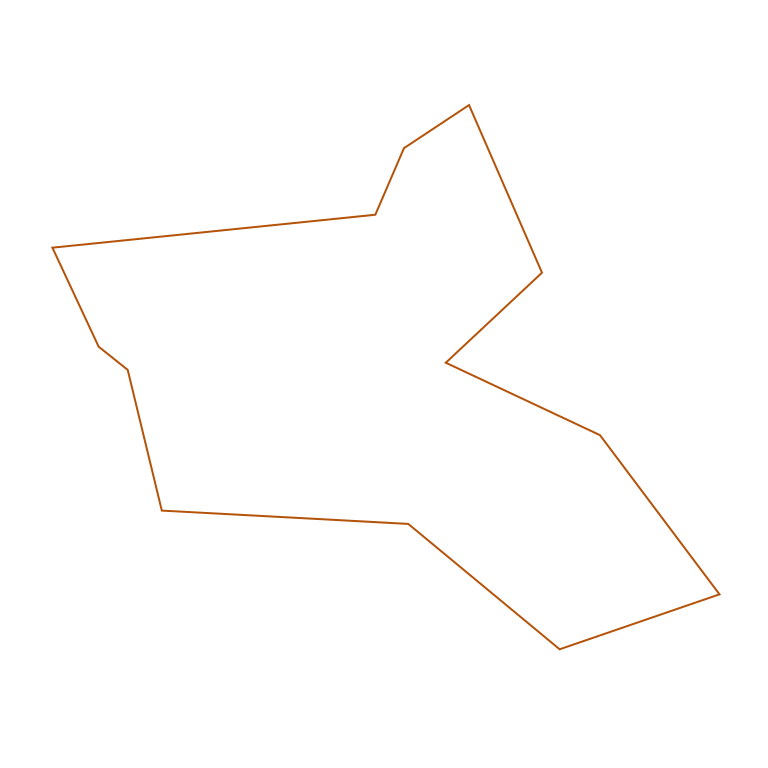 outline of Colonial Heights, Virginia, United States of America, rotated 87°
{"feature_id": "52423323B35608412080263", "entity_name": "Colonial Heights", "entity_type": "district", "adm_level": 2, "iso_a3": "USA", "parent_name": "United States of America", "parent_adm1": "Virginia", "projection": "albers", "projection_center": [-77.399, 37.266], "detail": "fine", "context": "isolated", "style": "outline", "palette": "amber", "viewbox_px": 768, "rotation_deg": 87, "n_neighbors": 0, "source": "geoboundaries", "source_scale": "gbopen_adm2", "svg_char_len": 332}
<svg xmlns="http://www.w3.org/2000/svg" viewBox="0 0 768 768"><g transform="rotate(87 384 384)"><path d="M331.8,667.0L356.5,639.2L498.8,612.5L525.0,367.1L658.1,222.5L611.6,60.0L446.4,171.0L366.0,321.2L281.1,220.4L109.9,284.5L149.5,351.7L214.5,383.8L230.5,708.0L331.8,667.0Z" fill="none" stroke="#b45309" stroke-width="2"/></g></svg>